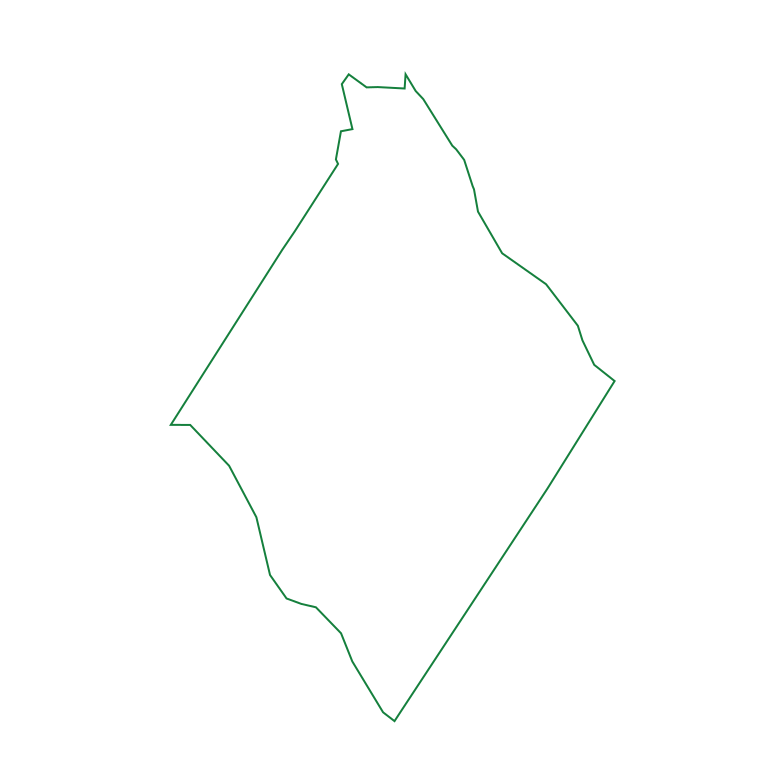 Albany, New York, United States of America, rotated 312°
{"feature_id": "52423323B67077901806593", "entity_name": "Albany", "entity_type": "district", "adm_level": 2, "iso_a3": "USA", "parent_name": "United States of America", "parent_adm1": "New York", "projection": "albers", "projection_center": [-73.917, 42.614], "detail": "fine", "context": "isolated", "style": "outline", "palette": "green", "viewbox_px": 768, "rotation_deg": 312, "n_neighbors": 0, "source": "geoboundaries", "source_scale": "gbopen_adm2", "svg_char_len": 682}
<svg xmlns="http://www.w3.org/2000/svg" viewBox="0 0 768 768"><g transform="rotate(312 384 384)"><path d="M211.0,252.9L223.9,267.4L219.6,323.6L199.6,378.3L165.8,427.1L159.4,455.1L165.3,469.8L172.5,482.8L170.0,518.9L156.6,546.1L139.4,603.0L140.5,617.4L148.1,616.2L415.9,575.4L540.5,553.4L538.9,527.4L549.2,502.3L557.0,489.1L566.6,437.7L560.2,384.4L560.3,384.0L575.0,338.5L588.9,320.6L590.3,317.6L604.2,293.6L606.7,280.6L606.8,275.3L622.0,222.5L622.9,211.6L628.6,192.8L617.4,201.6L600.5,180.7L592.8,172.6L590.5,150.6L578.6,152.0L552.3,190.0L543.0,182.9L518.7,198.0L516.8,202.6L437.9,215.5L415.6,218.6L272.3,242.6L211.0,252.9Z" fill="none" stroke="#15803d" stroke-width="2"/></g></svg>